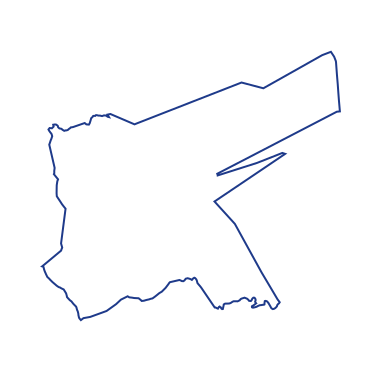 San Andrés Paxtlán, Oaxaca, Mexico, rotated 174°
{"feature_id": "50627088B89985884049438", "entity_name": "San Andrés Paxtlán", "entity_type": "district", "adm_level": 2, "iso_a3": "MEX", "parent_name": "Mexico", "parent_adm1": "Oaxaca", "projection": "albers", "projection_center": [-96.515, 16.212], "detail": "fine", "context": "isolated", "style": "outline", "palette": "blue", "viewbox_px": 384, "rotation_deg": 174, "n_neighbors": 0, "source": "geoboundaries", "source_scale": "gbopen_adm2", "svg_char_len": 3985}
<svg xmlns="http://www.w3.org/2000/svg" viewBox="0 0 384 384"><g transform="rotate(174 192 192)"><path d="M36.5,256.7L36.3,267.9L36.1,275.0L35.8,283.8L35.6,293.4L35.2,306.2L35.3,307.3L36.5,311.7L39.2,316.9L48.2,314.5L110.2,287.7L112.3,288.5L131.3,295.7L181.3,282.0L239.3,266.1L242.1,265.3L265.0,278.1L267.9,277.8L267.5,276.6L266.8,275.2L268.1,275.7L269.5,277.1L270.2,277.1L271.5,277.4L273.5,276.9L275.5,277.6L277.1,277.8L278.8,278.4L279.7,278.4L280.3,277.8L281.6,278.0L282.4,277.9L282.8,277.3L284.0,276.3L284.5,276.0L284.7,275.5L285.5,273.5L286.6,271.0L287.5,269.8L290.0,270.3L291.5,271.8L303.6,269.0L305.4,268.9L305.8,268.9L306.2,268.5L306.5,268.3L306.8,268.1L307.4,267.8L307.9,267.5L308.3,267.2L308.5,267.1L308.8,266.8L309.3,266.6L309.8,266.5L310.4,266.4L311.2,266.5L311.9,266.4L312.2,266.2L312.7,266.2L313.3,266.7L313.9,267.1L314.5,267.6L315.1,268.4L315.5,268.6L317.2,269.1L317.7,269.6L318.1,270.1L318.4,270.5L318.5,271.6L318.9,272.2L319.6,272.8L320.2,273.3L321.4,273.5L323.0,273.4L322.8,271.5L324.7,270.0L326.9,270.5L328.2,269.2L327.8,268.1L326.7,266.1L325.7,264.6L325.4,263.3L325.2,262.1L326.3,259.6L327.2,258.0L327.9,256.4L329.0,254.0L326.1,230.3L326.8,227.3L327.0,225.0L327.5,224.2L325.9,221.7L323.9,218.6L324.8,216.8L325.8,213.0L326.2,209.9L326.8,204.9L326.9,201.9L326.0,200.1L324.0,196.3L322.6,193.5L321.0,190.9L319.5,188.6L327.6,154.5L326.9,150.3L327.9,148.4L328.3,147.4L348.8,133.7L347.6,133.2L347.5,132.8L347.3,131.3L347.2,130.4L347.1,130.1L346.8,128.7L346.7,128.5L346.5,127.7L346.2,126.9L345.9,125.9L345.8,125.5L345.3,124.2L345.2,123.9L344.9,123.0L344.8,122.7L343.4,121.1L342.4,119.8L342.1,119.3L341.7,118.9L340.1,116.9L339.4,116.2L338.3,115.0L338.1,114.8L337.5,114.2L336.7,113.3L336.5,113.1L335.5,112.2L334.4,111.3L333.4,110.9L333.2,110.8L332.1,109.9L331.8,109.7L329.8,108.5L328.3,105.4L328.0,104.7L327.8,104.4L327.5,102.5L327.4,102.1L327.3,100.6L327.0,100.2L326.5,99.4L326.4,99.3L325.4,98.0L325.0,97.4L324.2,96.6L323.3,95.8L322.9,95.1L322.2,94.0L321.7,93.2L320.6,91.8L320.2,91.3L319.5,90.4L319.3,90.2L319.2,89.8L319.0,89.4L319.0,89.2L318.7,87.2L318.5,86.4L318.1,85.2L317.9,83.8L317.8,83.1L317.8,82.2L317.8,81.1L317.7,80.7L317.6,79.5L317.3,78.3L317.0,77.8L315.9,76.2L313.1,77.9L306.3,78.4L296.6,80.8L289.4,82.6L279.2,88.4L273.9,92.4L266.9,95.0L265.4,93.8L262.7,93.2L260.6,92.6L258.1,92.2L256.2,91.9L254.3,90.0L253.4,88.9L251.2,88.9L248.5,89.4L245.9,89.7L244.3,90.1L242.4,90.3L239.8,91.8L237.9,93.0L235.0,94.9L232.5,96.0L230.4,97.7L228.3,99.4L226.8,101.0L225.2,102.7L224.2,103.9L223.4,104.6L213.7,105.8L212.5,105.2L211.5,104.5L210.0,104.2L208.8,104.8L207.3,106.4L205.4,106.7L204.3,106.3L202.5,105.5L201.3,104.6L199.9,105.9L198.7,106.5L197.8,106.0L196.8,104.5L196.4,103.0L196.1,100.9L195.4,99.8L193.6,97.2L192.7,95.7L181.5,74.8L180.8,74.8L180.3,74.4L179.8,74.2L179.2,73.7L178.4,73.3L177.9,74.0L177.3,74.8L176.5,75.2L176.0,74.6L175.4,74.2L175.0,73.1L174.3,72.4L173.6,72.4L173.2,73.5L172.3,76.2L172.2,76.8L171.2,77.4L170.3,77.5L169.2,77.4L168.0,77.3L166.9,77.2L165.3,77.5L163.2,78.6L162.0,79.0L159.3,78.7L158.1,78.5L155.9,79.3L154.8,80.4L153.8,80.8L151.8,81.2L150.8,81.4L148.5,80.2L147.7,79.4L147.2,78.8L146.6,77.8L144.9,77.4L143.8,78.5L143.2,79.6L142.0,80.5L140.9,80.3L140.2,79.2L140.0,77.9L140.7,76.2L139.9,74.6L140.3,74.5L140.5,74.2L141.4,73.6L141.7,73.4L142.6,72.9L143.2,72.6L144.1,72.3L144.4,71.9L144.4,71.1L144.2,70.9L143.7,70.7L142.9,70.6L141.5,70.8L140.3,71.0L139.3,71.3L138.2,71.8L137.2,72.1L136.4,72.3L134.3,72.3L133.9,72.4L132.1,72.4L131.7,72.6L131.5,73.9L131.4,74.4L131.1,75.6L131.0,75.9L130.6,76.0L130.1,76.0L129.8,75.9L128.9,75.4L128.5,75.1L128.0,74.1L127.6,73.7L127.2,72.7L126.8,71.9L126.4,70.9L125.9,69.9L125.5,68.6L124.5,67.5L123.9,67.1L122.8,67.2L121.4,67.8L120.6,68.4L119.5,69.4L119.1,70.5L118.3,71.4L117.0,72.3L116.3,73.2L118.1,76.2L124.2,89.5L131.2,104.7L152.7,155.8L170.6,180.2L117.1,208.6L95.4,220.2L98.1,221.4L124.4,214.1L164.7,205.8L164.7,206.2L165.0,207.5L122.4,224.2L39.6,256.7L36.5,256.7Z" fill="none" stroke="#1e3a8a" stroke-width="2"/></g></svg>